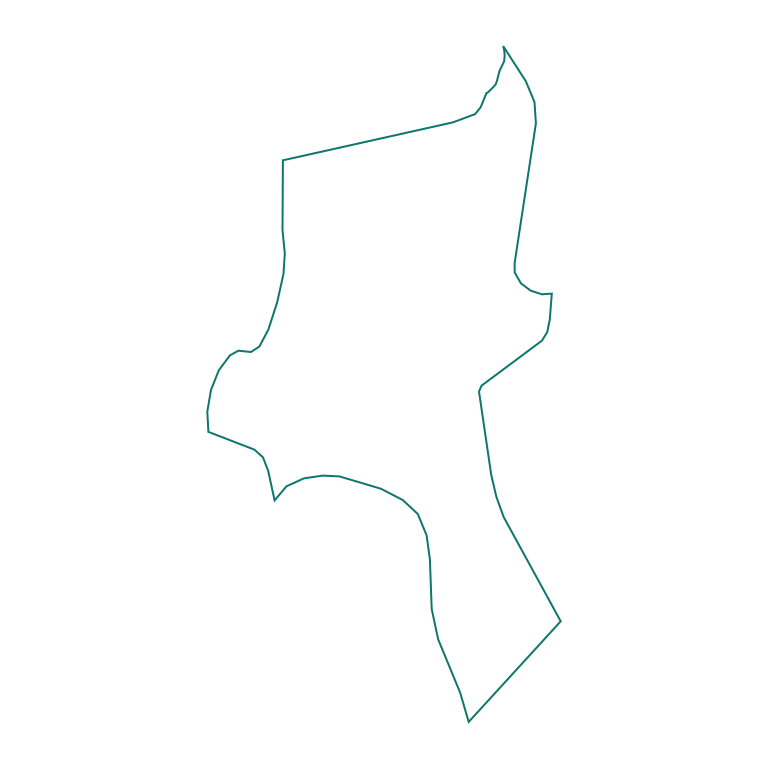 Nueva Vizcaya, Equal Earth projection
{"feature_id": "PHL-2553", "entity_name": "Nueva Vizcaya", "entity_type": "Province", "adm_level": 1, "iso_a3": "PHL", "parent_name": "Philippines", "parent_adm1": "", "projection": "equal_earth", "projection_center": [121.162, 16.271], "detail": "fine", "context": "isolated", "style": "outline", "palette": "teal", "viewbox_px": 768, "rotation_deg": 0, "n_neighbors": 0, "source": "natural_earth", "source_scale": "10m", "svg_char_len": 883}
<svg xmlns="http://www.w3.org/2000/svg" viewBox="0 0 768 768"><path d="M560.7,621.3L468.7,721.9L460.2,692.8L438.1,639.2L431.7,609.0L429.9,559.4L426.6,535.3L417.8,514.0L402.7,500.0L380.8,488.7L339.4,476.4L322.9,475.6L304.1,478.3L286.6,486.2L274.6,500.4L268.2,470.9L263.0,457.4L254.5,449.7L208.4,431.9L207.3,411.5L211.0,389.9L218.8,370.3L229.9,355.4L238.4,350.7L251.0,352.0L259.4,346.5L268.4,329.5L277.2,302.2L283.5,273.8L284.8,253.5L282.5,229.9L282.9,160.3L453.1,122.3L475.1,114.1L480.7,107.2L486.5,93.0L487.5,92.8L493.7,86.7L495.7,84.3L497.0,80.8L499.4,71.2L504.2,61.2L504.7,55.3L504.1,49.9L503.2,46.1L525.8,81.2L531.1,93.9L534.5,102.2L535.9,123.4L514.6,263.2L514.7,272.5L520.9,283.3L530.7,290.7L541.9,294.3L551.8,293.6L549.8,319.5L547.2,332.1L542.0,340.6L481.6,385.6L479.0,391.5L491.2,474.7L496.3,496.6L503.7,517.1L560.7,621.3Z" fill="none" stroke="#0f766e" stroke-width="2"/></svg>